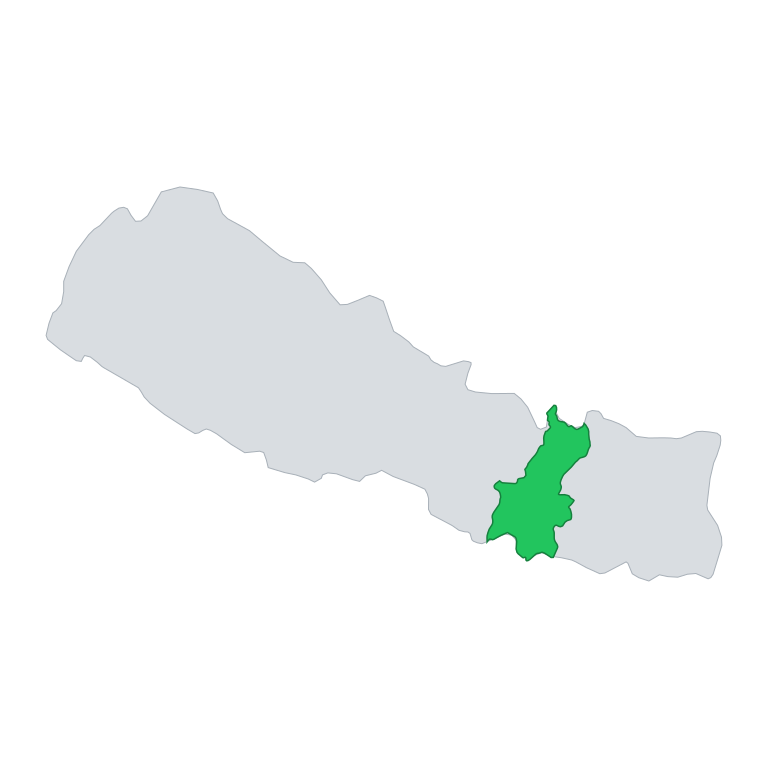 location of Janakpur within Nepal
{"feature_id": "NPL-1131", "entity_name": "Janakpur", "entity_type": "Administrative Zone", "adm_level": 1, "iso_a3": "NPL", "parent_name": "Nepal", "parent_adm1": "", "projection": "robinson", "projection_center": [86.017, 27.361], "detail": "fine", "context": "in_parent", "style": "filled", "palette": "green", "viewbox_px": 768, "rotation_deg": 0, "n_neighbors": 0, "source": "natural_earth", "source_scale": "10m", "svg_char_len": 5609}
<svg xmlns="http://www.w3.org/2000/svg" viewBox="0 0 768 768"><path d="M717.0,433.2L720.4,435.9L720.8,440.3L720.2,445.1L716.8,455.6L713.7,462.9L710.1,478.4L706.9,505.3L707.7,510.0L717.6,525.4L721.5,537.2L721.9,545.3L717.8,558.9L713.1,574.2L710.8,577.6L708.1,578.8L695.9,573.5L687.5,574.2L677.8,577.2L667.8,576.6L659.4,574.8L648.9,581.0L638.8,577.7L632.3,573.8L627.9,563.2L626.1,561.9L604.9,573.0L599.8,573.7L586.5,567.7L575.7,561.8L571.7,560.0L561.2,557.7L551.9,556.4L541.6,552.7L528.9,557.5L523.8,557.1L519.0,553.6L516.5,546.5L515.9,539.8L511.6,535.1L504.9,534.1L495.5,538.2L481.9,543.7L477.4,542.8L473.4,541.2L471.9,539.8L470.0,533.4L467.9,532.0L464.7,531.8L459.0,530.3L452.1,525.5L431.1,514.4L428.5,509.4L428.6,498.5L427.4,494.0L424.9,489.2L414.1,484.3L393.2,476.5L381.6,470.3L376.0,473.2L365.4,475.8L359.6,481.4L352.8,479.7L336.5,473.8L327.8,472.9L322.5,474.9L321.3,478.3L314.6,482.1L308.3,479.0L295.8,474.9L284.8,472.6L268.2,467.6L266.4,460.0L263.7,452.5L259.7,451.2L244.8,452.7L231.2,444.4L216.6,433.8L210.4,430.3L206.3,429.0L202.8,430.4L198.7,432.9L195.0,433.6L187.1,429.0L177.0,422.5L164.6,414.5L150.1,403.3L144.2,397.0L141.5,392.3L138.5,387.8L125.9,380.5L115.9,374.7L103.9,367.8L101.8,366.4L97.3,362.3L90.4,357.0L84.6,355.5L82.7,358.4L81.3,361.4L76.3,360.7L68.5,355.4L60.4,349.8L54.1,344.7L47.6,339.4L46.1,335.4L49.0,323.3L52.9,312.9L56.2,310.6L61.6,303.7L63.7,291.6L63.7,281.3L69.0,266.8L76.3,251.3L88.7,234.7L94.1,229.3L100.0,225.5L111.5,213.3L113.9,211.3L118.9,208.1L123.7,207.3L127.4,208.8L131.0,215.3L135.5,221.3L141.0,221.0L147.6,215.8L161.3,191.9L180.0,187.0L197.6,189.5L213.2,193.0L217.7,201.0L220.6,209.4L222.5,213.7L227.6,218.7L249.5,230.7L262.2,241.4L279.9,255.9L293.1,262.3L304.8,262.8L311.4,268.5L321.3,279.8L329.7,292.8L340.1,304.8L347.4,304.4L357.4,300.5L369.5,295.4L376.6,297.9L383.2,301.2L385.4,307.5L389.3,319.2L393.7,331.4L400.6,335.7L408.8,341.9L413.3,346.9L428.7,356.1L430.9,359.8L434.0,362.3L437.7,363.9L440.8,365.8L445.7,366.4L463.5,360.9L468.3,361.6L471.0,362.6L471.1,364.6L467.9,373.2L465.1,384.2L467.9,389.7L475.4,392.0L491.9,393.6L514.2,393.4L521.0,399.0L527.7,407.3L534.5,421.6L537.2,427.6L540.6,429.3L546.4,427.0L547.3,421.1L547.6,412.4L552.5,409.4L555.6,411.6L559.2,418.4L568.4,424.5L575.1,427.6L581.5,426.5L584.1,424.1L587.3,412.2L592.3,410.5L598.6,411.3L601.0,413.7L603.6,418.4L611.3,420.7L618.9,423.7L626.1,427.6L636.3,436.4L648.7,438.0L663.2,437.8L670.8,438.0L676.4,438.7L681.4,438.0L696.3,431.7L702.3,431.3L709.8,432.0L717.0,433.2Z" fill="#d9dde1" stroke="#a8b0b8" stroke-width="1"/><path d="M554.0,405.3L555.7,405.6L556.5,407.5L556.6,409.9L556.1,411.9L555.4,413.5L555.6,414.5L556.2,415.2L556.8,416.3L557.4,419.2L558.0,420.3L559.2,421.1L560.9,421.6L562.6,421.8L564.2,422.2L565.6,423.3L567.6,425.9L568.4,426.5L569.2,426.6L569.9,426.4L570.5,426.0L571.3,425.8L572.1,426.3L574.9,428.7L576.5,429.4L577.6,429.3L580.7,427.7L582.5,426.7L583.6,425.2L584.1,423.4L585.7,425.0L588.1,429.0L588.7,431.5L588.7,434.2L589.2,439.2L589.9,441.9L590.0,443.9L590.2,445.5L589.9,446.6L589.5,447.3L588.9,448.3L588.3,449.7L587.4,452.6L586.6,454.6L585.7,455.9L584.6,456.6L582.6,457.3L580.9,457.7L580.1,458.0L579.5,458.3L576.8,461.1L575.5,462.1L571.4,467.0L563.9,474.3L562.7,476.2L561.2,479.5L560.5,481.7L560.3,482.6L560.3,483.4L560.4,484.1L561.2,486.2L561.3,487.1L561.1,488.3L560.7,489.8L558.6,493.7L558.6,494.4L559.9,494.8L564.6,494.7L567.3,495.3L568.5,495.7L569.3,496.2L569.8,497.1L570.4,497.8L570.8,498.2L573.4,499.8L573.8,500.2L574.0,500.5L573.5,501.5L571.0,504.7L568.7,506.7L568.7,507.3L568.9,507.8L569.4,508.1L569.7,508.5L570.1,509.1L570.9,511.5L571.5,514.4L571.5,517.2L571.2,518.7L570.7,519.5L567.2,520.6L565.0,522.2L562.6,525.9L560.6,526.7L559.8,526.6L558.7,526.3L556.5,525.2L555.7,525.3L555.0,525.6L553.8,527.1L553.5,527.8L553.3,528.4L553.2,529.1L553.3,529.7L554.0,531.7L554.2,532.9L554.2,537.8L554.3,538.9L554.5,539.8L554.9,541.0L555.5,542.1L557.0,544.4L557.4,545.4L557.7,546.5L557.6,547.5L557.3,548.3L553.4,557.1L553.3,557.4L553.1,557.4L551.2,557.5L550.7,557.3L550.3,556.9L544.5,553.1L542.0,552.2L539.0,553.2L537.0,553.4L535.6,554.3L529.8,559.5L528.0,560.6L526.7,560.8L526.1,560.3L525.9,559.5L525.9,558.7L525.8,557.8L525.1,557.2L524.3,557.5L523.4,557.8L522.7,557.6L518.2,553.8L517.0,552.3L516.1,548.9L516.7,541.6L516.1,538.3L514.9,536.8L508.3,533.0L507.4,532.6L500.8,535.4L497.2,537.4L494.1,539.2L492.6,539.7L491.1,539.2L489.6,539.1L488.2,540.4L487.1,541.9L487.0,537.8L487.1,535.8L487.9,532.8L489.2,529.2L491.9,524.9L492.4,523.9L492.7,522.7L492.8,521.0L492.7,519.8L492.5,518.9L492.4,518.3L492.2,517.4L492.2,516.7L492.3,515.5L492.7,514.4L493.9,512.1L499.2,504.4L499.8,502.2L500.0,499.7L500.2,498.9L500.3,498.4L500.5,498.0L500.7,497.2L500.6,496.1L500.2,493.8L499.7,492.5L499.3,491.6L498.8,491.1L498.3,490.6L497.7,490.1L495.6,489.0L494.9,488.4L494.5,487.8L494.2,486.9L494.2,486.0L494.4,485.4L495.7,483.7L499.6,480.8L501.4,482.3L501.9,482.6L502.5,482.8L514.5,483.6L515.7,483.5L516.6,483.0L517.3,481.7L517.6,480.7L517.6,479.9L518.0,479.2L519.0,478.6L523.9,477.7L525.9,475.4L525.5,471.5L525.3,470.9L524.9,469.5L524.9,469.4L525.3,468.8L526.2,467.8L526.8,466.9L527.7,465.0L528.1,463.6L532.1,458.5L535.4,454.8L536.4,453.3L537.4,451.6L538.7,448.5L539.9,446.8L540.7,445.9L541.2,445.7L543.1,445.3L543.6,444.8L543.9,443.9L543.9,441.7L543.7,438.2L544.0,435.9L545.6,431.5L546.2,431.4L547.3,430.9L550.0,428.1L550.4,427.7L550.4,426.7L550.0,426.0L549.4,425.4L549.0,424.7L549.0,423.6L549.2,422.8L549.2,422.0L548.5,421.1L547.6,420.5L547.5,419.9L547.7,419.3L547.7,418.5L548.0,416.8L548.1,416.3L547.8,415.5L546.9,414.0L546.8,413.1L554.0,405.3Z" fill="#22c55e" stroke="#15803d" stroke-width="1.5"/></svg>